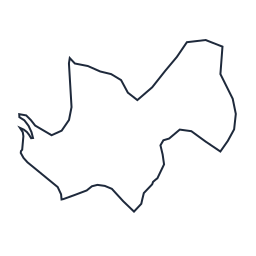 the border of Neftçala, rotated 177°
{"feature_id": "AZE-1710", "entity_name": "Neftçala", "entity_type": "District", "adm_level": 1, "iso_a3": "AZE", "parent_name": "Azerbaijan", "parent_adm1": "", "projection": "albers", "projection_center": [49.135, 39.338], "detail": "fine", "context": "isolated", "style": "outline", "palette": "slate", "viewbox_px": 256, "rotation_deg": 177, "n_neighbors": 0, "source": "natural_earth", "source_scale": "10m", "svg_char_len": 1011}
<svg xmlns="http://www.w3.org/2000/svg" viewBox="0 0 256 256"><g transform="rotate(177 128 128)"><path d="M198.1,60.1L198.3,65.3L201.3,72.7L230.2,99.0L233.9,103.6L236.4,108.7L236.1,110.5L234.8,111.9L232.9,125.3L233.3,129.3L235.9,133.8L232.1,131.8L229.2,129.3L227.1,126.3L225.3,122.9L223.4,123.0L224.6,128.9L227.2,135.4L231.1,141.1L235.9,144.5L235.9,147.5L229.0,145.9L224.6,141.0L220.6,135.3L204.7,124.8L194.4,128.8L186.5,139.1L183.3,151.8L183.6,195.6L182.5,200.9L177.7,195.2L164.9,192.0L152.8,185.9L142.0,182.7L132.4,176.2L126.3,163.3L117.2,155.4L101.7,167.4L87.7,183.3L75.5,196.4L64.7,210.6L45.9,211.8L29.4,204.3L32.9,177.0L21.9,151.7L19.6,136.4L22.1,121.1L29.0,109.9L37.0,99.7L51.1,110.3L64.9,121.5L76.4,123.7L87.5,115.3L93.3,113.9L96.5,109.0L94.8,99.7L93.9,89.8L101.3,76.2L102.7,75.3L105.8,72.9L106.8,70.5L115.6,62.2L117.5,55.9L118.7,51.6L126.4,44.2L136.6,55.1L147.3,68.1L154.2,71.4L161.5,72.8L167.1,71.7L172.5,67.8L184.4,64.0L196.3,60.4L198.1,60.1Z" fill="none" stroke="#1e293b" stroke-width="2"/></g></svg>